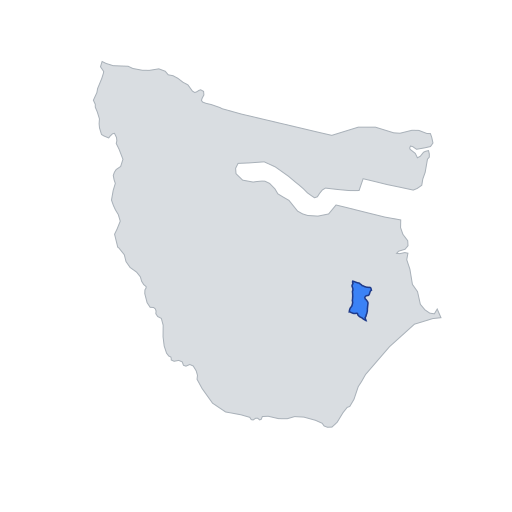 location of Diourbel, Diourbel, Senegal, rotated 193°
{"feature_id": "50182788B22549322426328", "entity_name": "Diourbel", "entity_type": "district", "adm_level": 2, "iso_a3": "SEN", "parent_name": "Senegal", "parent_adm1": "Diourbel", "projection": "natural_earth1", "projection_center": [-16.194, 14.782], "detail": "fine", "context": "in_parent", "style": "filled", "palette": "blue", "viewbox_px": 512, "rotation_deg": 193, "n_neighbors": 0, "source": "geoboundaries", "source_scale": "gbopen_adm2", "svg_char_len": 6946}
<svg xmlns="http://www.w3.org/2000/svg" viewBox="0 0 512 512"><g transform="rotate(193 256 256)"><path d="M392.7,233.5L398.7,245.4L397.4,251.1L396.1,259.4L399.5,265.4L403.4,269.4L406.2,273.0L409.4,278.0L409.9,287.9L409.4,295.1L411.4,298.3L413.2,302.4L412.8,305.8L411.7,308.8L408.0,312.8L407.4,320.3L413.5,329.3L417.5,334.2L417.5,337.0L418.6,340.1L421.5,343.7L423.3,342.8L425.2,339.9L426.1,337.9L431.4,338.8L433.9,339.7L437.3,345.6L438.6,349.5L439.4,354.4L443.0,360.6L446.1,364.9L446.7,367.6L449.5,371.2L447.8,379.4L448.0,383.5L446.2,394.4L445.8,399.6L445.9,401.5L450.1,405.4L449.7,410.9L445.5,409.9L438.1,409.3L423.3,412.1L418.2,411.0L408.5,411.4L401.6,412.9L392.8,416.5L386.0,415.6L382.3,412.8L377.4,413.0L372.0,411.5L366.1,408.8L360.8,407.4L355.1,402.4L352.4,401.5L350.5,402.8L348.9,404.5L347.3,405.5L344.1,404.6L343.0,401.2L343.9,397.9L344.2,395.4L342.7,394.0L339.2,393.5L333.6,393.5L324.4,392.5L322.3,391.9L301.9,391.0L280.7,390.9L262.8,390.8L240.1,390.7L224.2,390.6L209.3,390.6L197.8,397.3L185.4,404.5L168.7,408.4L149.5,407.0L143.3,408.0L137.0,411.2L132.3,413.6L125.6,415.0L117.1,413.8L113.6,414.5L111.5,411.2L109.0,405.9L110.6,401.9L115.8,399.4L123.6,396.1L127.8,397.8L130.2,397.9L130.6,395.8L129.8,394.6L123.9,391.8L120.8,388.0L118.3,390.2L116.1,394.8L114.3,396.2L111.6,397.5L110.1,394.4L109.4,391.3L110.7,388.9L110.0,375.6L110.8,368.5L110.4,362.2L114.1,358.1L117.6,355.6L131.4,355.4L144.2,355.1L156.5,355.3L169.0,355.4L170.3,343.0L174.2,342.0L180.2,340.7L191.2,339.2L203.6,337.8L206.2,335.3L208.2,331.2L209.5,327.5L212.1,325.9L215.5,327.2L220.1,329.1L224.8,332.1L230.1,334.9L233.7,336.6L242.3,341.0L257.1,347.1L269.2,349.6L283.8,345.1L294.3,342.2L295.6,336.9L294.0,331.7L286.1,326.9L275.4,327.4L272.1,328.7L267.2,330.3L264.2,330.9L259.1,329.8L252.7,325.7L248.7,321.5L243.0,319.6L236.4,317.6L225.6,309.1L220.1,307.5L214.8,307.1L204.6,308.8L194.7,313.3L189.5,323.7L179.5,323.6L158.5,323.2L139.1,322.9L123.1,323.7L121.5,316.1L117.7,310.1L111.6,305.0L110.2,300.2L112.3,296.1L118.2,292.7L119.6,290.2L116.5,290.6L111.8,292.8L108.6,292.9L108.3,286.3L103.1,277.8L97.2,263.5L90.6,257.6L85.0,245.9L79.2,241.5L73.8,239.4L69.2,239.8L67.5,245.1L61.9,237.5L69.7,234.8L86.3,225.2L105.5,197.7L122.6,165.2L124.9,157.5L127.0,151.7L128.3,138.4L130.8,130.5L133.1,129.0L136.0,122.9L139.5,112.3L143.5,106.4L147.9,105.2L151.4,105.7L153.9,107.9L161.1,109.3L173.1,109.8L182.3,108.2L188.9,104.5L197.4,102.6L208.1,102.6L213.7,101.0L214.2,98.0L215.6,97.1L217.8,98.3L219.9,97.8L221.9,95.6L223.8,95.5L225.8,97.4L234.7,97.9L250.6,97.2L265.2,102.8L278.7,114.7L285.7,122.6L286.2,126.6L288.4,130.6L292.4,134.7L296.1,135.4L299.5,132.9L302.1,133.2L304.0,136.2L307.8,136.9L312.1,135.0L315.2,135.6L315.7,137.5L316.4,138.5L318.5,138.9L321.3,141.2L325.2,147.6L328.4,156.4L330.9,167.7L334.2,173.9L338.2,174.9L340.6,177.2L341.0,179.9L342.2,181.8L344.2,182.8L347.6,182.2L351.6,186.0L355.9,194.3L356.6,198.0L355.9,200.1L356.2,201.5L359.0,202.9L361.7,205.6L364.0,209.7L368.7,213.4L376.1,216.5L381.4,221.3L384.6,227.6L391.3,232.9L392.7,233.5Z" fill="#d9dde1" stroke="#a8b0b8" stroke-width="1"/><path d="M135.8,248.6L136.1,249.1L136.3,249.5L136.5,249.9L136.7,250.3L136.9,250.5L137.2,250.9L137.5,251.0L137.9,251.0L138.2,251.0L138.6,250.9L139.1,250.8L139.5,250.7L139.9,250.7L140.0,250.7L140.6,250.6L140.8,250.5L141.3,250.5L141.5,250.5L141.8,250.5L142.0,250.6L142.4,250.6L143.0,250.6L143.4,250.6L144.1,250.9L144.7,251.0L145.2,251.0L145.8,251.0L146.0,251.0L146.4,251.4L146.8,251.7L147.2,251.8L147.7,252.0L147.8,252.0L148.1,252.1L148.4,252.3L148.9,252.7L149.2,252.8L149.6,252.8L150.3,252.8L150.8,252.7L151.7,252.8L152.4,252.9L152.6,252.9L153.4,253.0L154.0,253.1L154.7,253.2L154.9,253.2L155.1,253.2L155.8,253.3L156.0,253.3L156.0,253.2L156.1,252.9L156.1,252.7L156.1,252.3L156.0,252.2L155.9,252.0L155.8,251.9L155.7,251.6L155.4,251.4L155.4,251.2L155.4,250.8L155.4,250.7L155.5,250.5L155.5,250.4L155.6,250.1L155.6,249.9L155.7,249.7L155.7,249.4L155.8,249.1L155.8,248.9L155.7,248.8L155.7,248.7L155.6,248.4L155.6,248.2L155.4,248.0L155.4,247.8L155.3,247.7L155.2,247.5L155.1,247.4L155.0,247.2L154.9,247.0L154.8,246.9L154.7,246.7L154.5,246.4L154.4,246.2L154.3,245.9L154.2,245.7L154.1,245.3L154.1,245.1L154.0,244.9L154.0,244.7L153.9,244.5L153.9,244.3L154.0,244.3L154.0,244.1L154.0,243.8L154.1,243.6L154.1,243.4L154.1,243.2L154.0,242.9L153.9,242.6L153.8,242.4L153.8,242.2L153.7,241.9L153.6,241.6L153.5,241.4L153.4,241.2L153.3,240.9L153.3,240.7L153.2,240.5L153.2,240.3L153.1,240.1L153.0,239.7L152.9,239.4L152.9,239.2L152.8,238.9L152.8,238.7L152.7,238.6L152.7,238.4L152.6,238.2L152.6,237.9L152.6,237.7L152.5,237.3L152.5,237.1L152.4,237.0L152.4,236.8L152.4,236.6L152.3,236.3L152.3,236.1L152.3,235.9L152.3,235.7L152.2,235.5L152.2,235.3L152.2,235.0L152.2,234.8L152.1,234.6L152.1,234.3L152.1,234.1L151.9,234.0L151.9,233.9L151.8,233.6L151.7,233.4L151.6,233.2L151.5,232.8L151.4,232.6L151.3,232.3L151.3,232.1L151.3,231.9L151.3,231.7L151.3,231.3L151.2,231.1L151.3,230.8L151.3,230.5L151.3,230.3L151.3,230.1L151.3,229.8L151.4,229.6L151.3,229.3L151.3,229.1L151.4,228.9L151.4,228.7L151.5,228.6L151.5,228.4L151.6,228.2L151.8,227.9L151.9,227.7L152.0,227.5L152.0,227.4L152.1,227.2L152.3,226.9L152.3,226.7L152.4,226.4L152.5,226.3L152.5,226.1L152.6,225.9L152.6,225.5L152.6,225.3L152.7,225.1L152.7,224.9L152.7,224.7L152.7,224.4L152.7,224.1L152.7,223.8L152.7,223.6L152.7,223.4L152.6,223.2L152.6,222.9L152.6,222.5L152.2,222.6L151.6,222.6L151.2,222.5L150.6,222.3L149.8,222.2L148.6,222.0L148.3,222.0L147.7,222.0L147.4,222.1L146.8,222.2L146.4,222.3L145.8,222.6L145.0,222.9L144.5,222.9L144.2,222.8L143.9,222.4L143.9,222.0L143.5,221.5L143.1,221.2L142.7,220.9L142.0,220.5L141.4,220.2L140.9,220.0L140.7,220.0L140.0,219.8L139.6,219.7L139.2,219.6L138.4,219.4L138.2,219.2L137.7,218.9L136.9,218.6L136.6,218.5L135.6,218.2L135.0,218.0L134.4,217.8L134.2,217.8L135.4,219.6L135.5,219.9L135.6,220.0L135.8,220.3L135.8,220.6L135.7,220.7L135.7,220.9L135.6,221.1L135.5,221.4L135.4,221.6L135.4,221.9L135.3,222.2L135.3,222.4L135.3,222.6L135.4,222.9L135.3,223.1L135.4,223.3L135.3,223.6L135.3,223.8L135.3,224.0L135.2,224.2L135.2,224.3L135.2,224.5L135.1,224.9L135.1,225.2L135.1,225.4L135.1,225.7L135.1,226.0L135.1,226.5L135.1,226.8L135.1,227.2L135.2,227.4L135.2,227.7L135.2,227.8L135.2,228.0L135.3,228.3L135.3,228.5L135.4,228.8L135.5,229.2L135.5,229.3L135.5,229.6L135.7,229.9L135.7,230.2L135.7,230.5L135.7,230.8L135.8,231.1L135.9,231.4L135.8,231.6L135.9,231.8L135.9,232.1L136.0,232.4L136.0,232.6L136.0,232.8L136.0,233.1L136.0,233.3L136.1,233.5L136.1,233.8L136.1,234.1L136.2,234.3L136.2,234.6L136.2,234.9L136.3,235.2L136.3,235.3L136.5,235.9L136.7,236.2L137.1,236.6L137.6,237.1L138.3,237.7L139.0,238.3L139.4,238.5L139.9,238.7L139.9,238.8L140.7,240.0L140.5,240.7L140.4,241.1L140.0,241.7L139.6,242.0L139.0,242.4L138.5,242.6L138.1,242.6L137.8,242.8L137.5,243.1L137.2,243.6L137.0,244.3L136.9,245.2L136.9,245.7L136.8,246.6L136.7,247.1L136.6,247.7L136.4,248.0L136.1,248.4L135.9,248.5L135.8,248.6Z" fill="#3b82f6" stroke="#1e3a8a" stroke-width="1.5"/></g></svg>